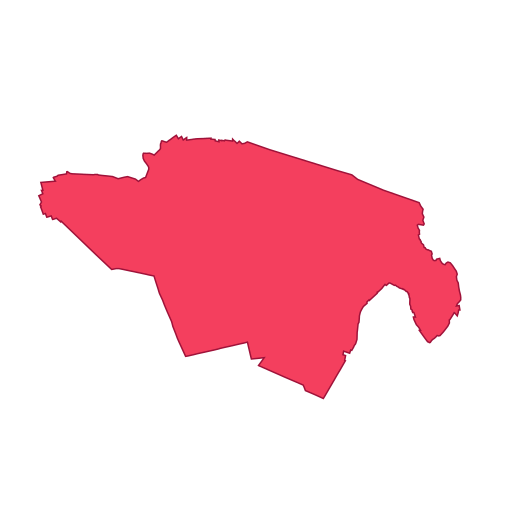 Villa Aldama, Veracruz, Mexico, rotated 335°
{"feature_id": "50627088B40977064130086", "entity_name": "Villa Aldama", "entity_type": "district", "adm_level": 2, "iso_a3": "MEX", "parent_name": "Mexico", "parent_adm1": "Veracruz", "projection": "equal_earth", "projection_center": [-97.198, 19.651], "detail": "fine", "context": "isolated", "style": "filled", "palette": "rose", "viewbox_px": 512, "rotation_deg": 335, "n_neighbors": 0, "source": "geoboundaries", "source_scale": "gbopen_adm2", "svg_char_len": 5606}
<svg xmlns="http://www.w3.org/2000/svg" viewBox="0 0 512 512"><g transform="rotate(335 256 256)"><path d="M149.8,317.2L152.3,317.9L156.7,318.8L156.9,318.9L161.2,319.7L164.4,320.4L168.8,321.4L173.4,322.4L177.9,323.4L183.4,324.5L183.6,324.4L189.7,325.7L194.5,326.8L196.0,327.1L196.3,327.2L198.8,327.7L203.6,328.7L208.4,329.8L211.8,330.4L211.8,330.7L210.9,334.7L210.8,335.2L210.0,339.1L209.3,342.4L208.7,345.3L208.3,347.4L215.7,350.0L220.5,351.6L218.9,352.5L216.2,354.0L212.0,356.3L212.2,356.6L226.4,372.8L226.5,372.9L230.4,377.4L232.2,379.4L238.8,386.8L244.2,392.9L244.2,394.8L243.9,398.9L244.3,399.3L248.6,404.1L250.9,406.7L253.3,409.5L256.2,412.9L256.8,413.6L259.5,411.8L267.4,406.3L270.3,404.3L273.0,402.4L274.5,401.4L276.0,400.3L279.0,398.2L282.2,396.0L283.3,395.3L292.7,388.7L292.4,388.4L292.2,388.1L295.1,384.1L293.1,382.2L295.2,379.3L297.3,381.3L299.8,383.7L302.1,381.2L302.9,382.0L305.9,379.9L307.3,378.6L308.8,377.9L309.6,377.2L312.3,374.2L315.5,367.8L316.3,366.6L319.8,360.7L321.3,359.6L323.3,356.1L324.4,354.0L325.8,352.2L327.2,350.6L329.0,349.2L330.8,347.9L332.1,347.1L335.7,346.1L336.6,345.9L336.7,345.7L336.8,345.3L337.0,344.6L339.9,343.5L340.0,344.2L350.1,341.0L350.5,340.0L350.8,340.0L350.7,340.4L355.4,338.9L356.5,338.5L357.8,337.8L360.0,336.7L360.9,336.3L361.6,337.7L363.0,337.4L363.4,337.2L365.1,336.7L365.3,336.8L365.7,337.0L366.1,337.2L369.0,341.1L370.1,341.4L370.7,342.8L371.1,343.4L371.9,344.3L372.4,345.5L374.5,347.5L375.2,348.3L375.3,348.0L375.7,348.5L376.2,349.1L377.2,351.7L377.9,352.1L378.4,354.5L378.1,354.4L378.0,356.6L377.4,358.6L377.6,359.2L377.0,360.7L375.6,363.4L375.0,364.7L374.9,366.9L373.9,369.5L374.7,371.2L374.2,372.1L374.2,373.5L375.0,373.6L375.2,374.3L374.7,378.7L373.2,377.9L372.8,377.8L372.3,380.4L372.3,384.0L372.3,386.0L373.2,388.9L373.4,389.9L373.7,392.9L372.6,392.5L373.5,397.3L374.3,401.5L375.3,406.3L376.0,406.9L376.5,407.8L377.4,408.0L379.4,406.8L380.9,406.3L382.8,406.0L385.3,405.2L386.6,404.6L387.7,405.6L389.1,405.9L393.5,404.1L395.3,403.2L400.1,400.7L403.0,398.4L404.0,396.0L404.2,395.6L405.0,395.5L406.7,394.4L409.2,392.8L411.7,391.1L412.2,392.1L413.1,395.3L415.4,392.7L416.8,390.6L418.0,391.1L419.2,386.7L416.5,386.0L418.4,384.3L421.3,383.2L422.4,382.5L423.0,382.3L423.3,381.6L424.0,380.2L424.8,377.8L425.0,376.7L425.5,374.0L425.8,372.8L426.6,369.8L427.9,365.9L427.8,362.9L428.9,359.4L429.9,358.3L430.7,357.5L431.1,354.4L430.6,351.3L430.1,347.8L429.2,344.3L427.4,342.6L425.4,342.8L423.7,343.8L422.5,342.8L421.6,341.3L421.1,338.2L421.5,335.8L418.3,335.2L417.2,336.1L415.5,335.5L414.9,334.5L414.7,332.6L415.4,329.6L415.5,329.3L415.6,329.2L416.5,328.6L416.9,325.8L415.5,324.3L415.1,323.7L414.9,323.4L414.7,323.2L414.2,323.0L413.0,321.7L412.8,319.9L412.0,319.4L412.5,316.7L411.8,315.1L411.6,314.7L411.3,313.7L411.8,312.6L411.5,311.2L411.7,310.5L411.2,309.6L412.1,305.5L413.4,305.4L414.1,303.4L415.0,301.8L414.7,299.2L415.2,296.2L416.5,295.9L418.0,296.9L418.3,297.1L420.8,298.8L422.0,298.0L422.0,297.7L422.3,294.1L424.6,291.7L424.6,288.0L425.8,286.0L427.2,284.2L426.4,280.4L426.4,277.5L426.4,276.6L399.2,250.1L380.5,229.5L377.2,223.0L376.1,222.0L365.8,213.0L313.4,165.5L301.4,153.8L296.4,148.9L293.3,149.1L290.7,148.4L289.4,144.9L287.9,145.5L286.4,145.9L285.9,144.7L285.6,143.6L284.9,142.3L284.2,140.2L283.3,141.9L279.5,139.5L277.6,138.3L277.1,138.0L277.0,137.8L276.1,138.3L273.8,136.7L273.6,137.0L273.1,136.6L272.9,136.4L271.3,135.2L270.7,136.8L267.7,134.4L268.1,133.1L264.5,131.0L265.0,130.2L263.8,129.7L262.1,129.0L260.2,128.2L259.4,128.0L259.3,127.9L259.2,127.8L258.1,127.4L257.3,127.1L257.2,127.0L256.2,126.6L255.1,126.1L254.6,125.9L252.5,125.0L250.6,124.3L249.2,123.9L248.8,123.7L247.2,123.3L246.9,123.2L245.4,122.7L244.7,122.5L242.3,121.8L242.1,121.7L242.8,120.3L243.3,119.3L243.2,119.3L240.6,119.8L240.4,119.9L239.1,120.1L239.0,116.2L236.8,116.6L235.2,116.9L235.2,116.7L234.8,112.9L232.9,113.2L231.1,113.5L229.2,113.9L227.4,114.3L225.8,114.5L225.7,114.6L225.3,114.7L223.5,115.0L223.1,115.1L222.9,115.1L222.3,114.5L221.1,113.4L220.0,112.3L219.3,111.8L218.7,112.1L218.1,112.9L217.5,113.6L217.3,113.7L217.0,113.9L216.6,114.5L216.1,115.4L215.7,116.4L215.4,117.1L215.2,117.4L214.8,118.3L213.9,118.8L213.1,119.2L212.3,119.4L211.1,119.8L209.6,120.4L208.4,120.8L207.0,121.3L206.4,121.4L206.3,121.5L206.0,121.1L205.5,120.4L205.0,119.8L204.3,119.1L203.0,117.8L200.4,116.8L198.6,115.9L197.5,115.3L196.9,115.7L196.0,117.0L195.0,119.9L195.0,122.8L195.7,125.9L196.2,128.8L196.2,130.4L195.7,131.5L195.4,132.1L192.2,135.2L189.1,138.2L187.0,137.8L183.9,138.1L181.0,138.7L179.2,135.3L173.2,129.8L169.8,128.9L163.7,127.7L159.6,123.4L155.7,121.0L150.8,118.1L147.4,116.0L147.1,115.5L146.9,115.2L144.4,114.0L143.1,113.7L133.6,108.8L133.5,108.7L124.1,103.8L122.3,102.5L120.7,99.8L120.1,99.7L119.0,101.5L117.2,101.0L110.8,99.2L109.2,99.6L105.9,99.1L105.4,99.3L105.8,103.4L92.1,98.4L90.6,106.4L89.5,106.0L89.3,105.9L89.3,106.5L89.1,109.5L84.6,109.6L84.6,110.9L84.4,116.4L81.8,118.3L82.4,119.9L81.5,120.5L81.5,121.1L81.5,121.5L80.9,128.2L83.1,128.5L82.8,132.4L83.7,132.6L85.8,132.9L87.3,133.1L87.3,134.2L87.2,135.0L87.1,136.9L87.9,137.1L90.6,137.4L90.7,137.5L91.2,137.5L93.4,142.5L93.7,142.2L94.1,142.0L111.4,186.8L119.5,207.2L123.9,208.3L126.5,209.5L129.9,212.0L136.0,216.6L139.0,218.8L141.6,220.8L143.8,222.4L146.0,224.1L148.8,226.2L150.4,227.5L155.1,231.0L154.2,237.7L153.4,244.2L152.9,247.5L152.7,249.2L152.7,249.7L152.7,256.2L152.7,256.5L152.3,261.7L152.1,266.8L152.0,269.5L152.0,270.0L151.8,279.8L151.2,283.1L150.9,284.6L150.4,292.6L150.0,297.2L149.9,301.6L149.9,302.2L149.9,304.2L149.8,315.8L149.8,317.2Z" fill="#f43f5e" stroke="#9f1239" stroke-width="1.5"/></g></svg>